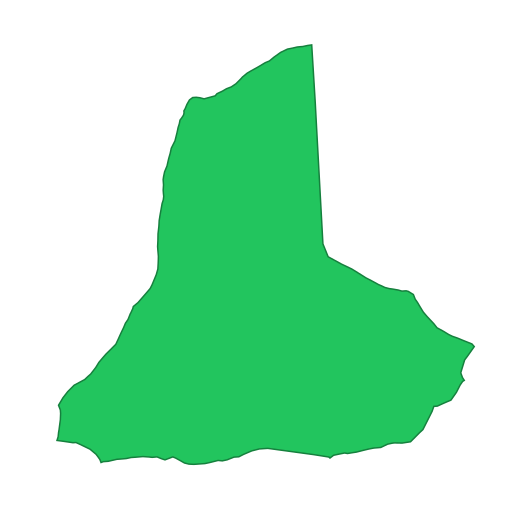 Idanre, Ondo, Nigeria, rotated 266°
{"feature_id": "59680162B2298430697284", "entity_name": "Idanre", "entity_type": "district", "adm_level": 2, "iso_a3": "NGA", "parent_name": "Nigeria", "parent_adm1": "Ondo", "projection": "mercator", "projection_center": [5.189, 6.977], "detail": "fine", "context": "isolated", "style": "filled", "palette": "green", "viewbox_px": 512, "rotation_deg": 266, "n_neighbors": 0, "source": "geoboundaries", "source_scale": "gbopen_adm2", "svg_char_len": 2713}
<svg xmlns="http://www.w3.org/2000/svg" viewBox="0 0 512 512"><g transform="rotate(266 256 256)"><path d="M49.3,315.7L51.8,319.5L52.6,325.1L53.3,330.7L52.6,333.5L53.1,338.9L53.4,342.6L54.8,350.3L55.5,354.5L56.2,360.1L56.3,367.1L59.1,374.1L59.8,379.0L59.9,381.8L59.8,382.0L59.2,388.8L59.9,397.2L68.4,406.9L71.2,410.4L88.7,420.8L93.6,422.9L93.6,426.4L95.7,432.0L97.2,436.2L98.6,440.4L106.0,446.4L109.5,448.5L113.0,450.6L116.5,453.4L117.4,455.1L120.3,453.5L125.2,452.1L137.8,456.9L141.0,459.7L142.7,461.1L150.4,467.4L153.2,465.3L157.3,456.8L160.1,451.2L162.2,446.3L164.2,442.8L167.7,437.9L171.8,431.5L176.0,428.7L183.7,422.4L188.5,418.9L194.1,416.0L198.3,413.9L201.8,411.8L206.6,410.3L210.1,405.4L210.8,403.3L210.8,399.1L212.1,395.6L212.8,392.8L213.5,390.0L214.2,386.6L215.6,382.4L217.6,378.9L219.0,376.1L220.4,374.0L223.2,369.6L226.6,364.0L228.7,361.2L236.3,350.7L237.1,349.3L241.9,340.8L250.2,327.9L263.4,323.6L387.0,325.5L404.5,325.8L462.7,326.3L462.4,322.1L461.7,317.2L461.7,314.9L461.6,311.6L460.9,307.4L460.2,301.8L457.4,294.8L453.1,287.8L449.6,282.9L448.2,278.7L444.0,270.4L441.1,264.1L439.0,259.9L435.5,255.0L434.1,253.6L429.2,248.0L426.4,243.1L424.9,238.2L422.8,234.0L420.7,228.5L418.6,226.4L416.4,215.2L417.8,211.0L418.5,207.4L418.5,203.9L416.3,200.5L412.1,197.7L407.9,195.6L405.8,194.2L403.7,194.2L401.6,193.5L398.8,191.4L396.9,189.7L393.2,188.7L389.7,187.3L384.8,185.9L376.5,183.2L369.4,179.0L364.5,177.6L359.0,175.6L352.0,173.5L346.4,170.7L341.5,169.3L338.7,168.7L336.6,168.7L333.3,168.7L328.2,168.0L324.7,168.0L321.9,168.1L318.4,167.4L314.9,166.0L309.3,164.6L303.7,163.2L298.1,161.9L292.5,161.2L284.9,159.8L277.9,159.2L272.3,158.5L269.5,158.5L262.5,158.6L259.2,158.3L255.5,157.9L249.9,157.2L244.3,155.2L238.7,152.4L234.5,150.3L231.0,148.2L226.8,144.1L222.6,139.9L217.7,135.0L214.2,130.1L212.1,129.4L207.9,127.1L207.2,126.6L201.6,123.9L198.1,121.1L193.9,119.0L189.0,116.2L185.9,114.5L182.7,112.8L177.7,110.0L172.8,104.4L168.6,99.5L165.1,96.0L160.9,91.9L156.0,88.4L153.4,86.1L149.7,82.8L147.6,80.0L144.7,76.5L139.8,65.6L133.9,58.8L128.1,53.6L120.9,48.6L116.0,50.1L112.5,50.1L106.2,49.4L99.9,48.1L96.4,47.4L93.6,46.7L89.4,46.0L85.9,44.6L84.6,50.9L83.2,57.3L82.5,60.4L82.5,63.4L80.5,67.1L77.7,72.0L74.9,76.9L69.4,82.6L67.3,84.0L63.8,86.1L60.8,87.0L61.5,89.3L61.5,94.2L62.9,103.0L62.9,106.8L63.0,112.4L63.7,117.3L63.7,121.5L63.8,129.2L63.0,135.1L62.4,138.4L62.5,143.3L60.4,147.5L59.0,151.0L61.4,159.0L60.0,161.8L57.3,166.0L54.5,170.2L53.1,174.5L52.5,179.4L52.5,182.2L52.5,185.7L52.5,187.8L52.5,190.6L53.2,195.5L54.7,203.9L54.0,208.1L54.7,213.0L56.9,220.0L56.9,224.9L59.0,229.8L61.9,238.2L63.3,245.9L63.3,254.3L53.8,299.9L50.4,314.6L49.3,315.7Z" fill="#22c55e" stroke="#15803d" stroke-width="1.5"/></g></svg>